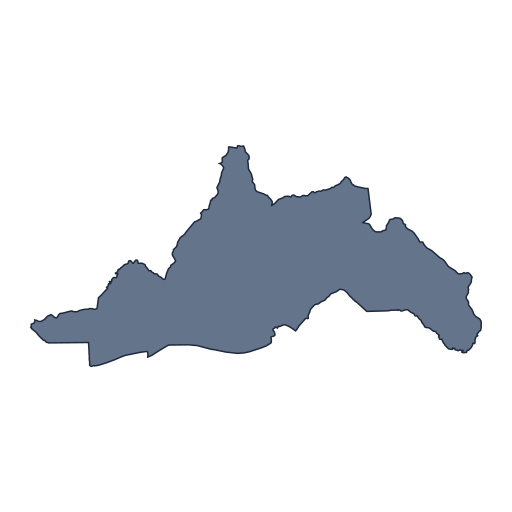 Caluma, Bolivar, Ecuador (Mercator projection)
{"feature_id": "8360857B21807845085638", "entity_name": "Caluma", "entity_type": "district", "adm_level": 2, "iso_a3": "ECU", "parent_name": "Ecuador", "parent_adm1": "Bolivar", "projection": "mercator", "projection_center": [-79.193, -1.597], "detail": "fine", "context": "isolated", "style": "filled", "palette": "slate", "viewbox_px": 512, "rotation_deg": 0, "n_neighbors": 0, "source": "geoboundaries", "source_scale": "gbopen_adm2", "svg_char_len": 6078}
<svg xmlns="http://www.w3.org/2000/svg" viewBox="0 0 512 512"><path d="M147.7,357.1L151.9,355.3L157.1,351.9L167.1,345.8L168.5,345.2L171.2,345.0L188.4,344.8L197.4,345.6L211.1,349.3L214.3,349.7L226.1,352.1L237.7,353.4L243.9,352.9L249.3,351.8L261.8,347.7L266.9,345.6L270.9,343.0L271.3,342.3L271.4,340.2L271.3,338.9L270.8,337.4L271.2,336.9L274.0,336.0L275.0,335.0L274.5,332.1L272.9,330.2L273.0,329.1L273.3,328.7L274.5,328.3L275.2,327.0L275.9,327.0L277.4,328.1L278.4,326.2L279.2,326.5L279.7,326.5L283.4,324.9L285.2,324.8L288.3,326.1L291.1,327.7L295.6,330.9L296.9,329.3L299.1,325.8L305.7,318.4L306.2,318.3L307.6,318.6L308.2,318.4L308.2,315.3L309.9,311.6L310.2,309.9L310.8,309.0L314.5,304.9L316.4,304.2L318.2,304.0L320.9,301.9L324.9,300.2L326.9,297.7L328.9,296.3L330.6,294.0L336.5,291.6L339.7,289.3L341.8,289.5L344.0,290.1L344.8,290.6L347.1,292.6L350.4,296.8L351.4,297.4L353.4,299.7L354.7,300.5L355.0,301.2L357.0,302.4L366.4,311.1L367.0,311.4L388.1,310.8L391.2,310.2L396.0,310.2L397.5,309.7L398.0,310.4L399.5,309.9L400.9,311.0L401.8,311.0L405.6,309.8L407.7,309.8L411.2,312.5L413.8,313.6L415.0,315.8L415.9,316.0L416.9,315.6L417.3,316.0L417.5,316.6L419.6,319.3L421.1,320.3L421.7,322.2L423.9,325.1L424.8,326.9L425.5,327.4L428.6,327.8L429.8,328.3L433.2,331.1L435.7,331.5L436.6,333.2L439.1,335.1L439.1,335.7L438.6,335.9L438.5,336.1L439.5,339.0L440.2,339.4L441.6,339.1L441.8,339.3L443.3,342.7L444.2,343.8L445.0,345.2L448.5,348.8L451.8,349.4L452.7,349.2L452.8,348.1L454.1,348.5L454.7,348.3L455.2,349.8L455.7,350.0L456.8,350.0L457.4,350.5L458.2,350.7L459.9,349.9L461.5,350.5L462.9,350.5L463.0,350.7L462.6,350.7L461.8,352.0L462.3,352.5L463.6,352.7L466.5,352.4L467.3,350.3L468.5,350.3L471.2,347.6L472.3,345.6L472.9,343.3L474.6,343.6L474.8,343.2L475.1,341.6L474.9,340.6L475.6,337.6L476.3,336.6L477.7,335.8L476.9,334.8L476.9,334.5L479.0,331.6L480.6,330.4L481.1,327.7L481.3,322.7L480.9,320.8L479.6,318.8L476.1,316.8L474.1,314.6L472.0,309.6L468.8,305.3L468.5,304.7L468.5,301.8L466.2,298.3L466.4,296.2L468.4,292.8L468.3,290.3L468.6,289.7L468.1,286.9L470.0,284.4L471.3,282.0L471.5,279.1L472.1,277.0L471.7,276.7L470.3,274.5L469.2,273.5L468.2,272.8L467.2,272.7L466.1,273.4L465.6,273.4L464.1,272.6L462.3,273.5L460.7,273.9L458.5,273.8L457.4,273.1L455.2,270.7L448.7,266.7L447.9,265.9L444.5,261.0L443.5,260.0L442.1,258.9L439.8,257.7L431.7,250.6L426.7,247.8L424.1,244.7L422.9,242.3L422.1,242.0L420.3,242.1L419.6,241.7L418.2,238.9L413.9,232.8L412.0,231.1L408.1,229.1L406.5,227.9L405.5,226.6L405.4,224.6L403.3,223.5L402.5,220.6L400.9,218.9L399.9,218.2L395.1,217.7L393.1,219.0L390.0,219.5L389.4,220.3L388.7,222.3L386.5,225.6L386.2,228.8L385.7,229.8L385.3,230.2L383.1,230.6L380.9,231.9L376.3,231.9L375.1,231.5L373.4,230.2L371.9,228.4L369.6,224.5L368.2,223.6L364.9,223.2L362.9,222.5L369.0,218.3L370.3,216.3L371.2,214.2L368.0,188.5L365.1,188.4L356.7,186.6L354.7,185.9L351.8,183.8L349.8,179.4L348.6,178.4L346.1,176.9L344.7,177.6L343.5,179.7L341.4,181.5L340.2,183.4L338.4,184.5L335.3,185.8L333.7,187.3L331.6,187.4L331.1,188.0L329.6,188.8L326.1,189.9L324.9,190.1L323.2,189.9L321.0,191.2L319.0,191.1L317.4,191.5L316.1,192.0L315.0,192.8L314.5,192.7L313.1,191.7L312.1,191.7L307.7,195.7L306.0,195.8L304.2,195.5L302.8,195.5L300.3,197.1L296.2,196.5L294.1,195.2L293.4,195.0L292.2,195.3L290.8,197.0L288.4,196.2L284.9,196.4L282.5,198.0L278.5,199.4L275.1,203.1L273.1,204.7L271.7,205.3L272.3,202.7L272.2,201.6L270.7,199.3L268.1,196.6L267.5,195.4L265.8,195.1L263.8,193.9L257.2,191.7L255.8,190.5L255.3,189.4L254.9,187.6L254.6,184.6L252.4,181.9L252.7,179.0L251.2,173.6L248.8,169.7L248.5,168.7L248.0,162.4L247.6,161.1L247.8,160.3L249.0,159.0L249.2,157.1L248.9,155.9L248.3,154.8L245.4,151.8L244.6,148.2L243.5,146.0L241.4,146.4L238.2,145.6L237.5,146.0L237.1,147.8L236.4,148.0L229.8,146.9L228.6,147.0L228.6,149.4L228.1,152.3L225.8,155.5L222.5,157.5L222.1,158.4L222.4,161.5L222.1,162.0L221.0,163.0L219.6,163.5L220.9,164.1L222.2,165.4L223.1,166.5L223.6,167.6L223.4,168.7L221.6,172.8L221.2,175.8L220.2,178.7L219.6,182.2L217.0,187.3L217.0,188.1L218.0,190.5L218.1,192.8L217.8,193.9L214.6,197.7L212.7,198.2L212.2,198.6L212.1,199.6L211.8,199.9L211.1,200.0L210.7,200.4L210.2,203.0L209.1,206.2L209.1,207.8L208.1,209.3L207.3,209.6L203.6,209.8L201.8,212.1L200.6,213.1L201.5,214.7L201.0,218.1L200.3,219.1L196.2,221.3L194.5,221.9L185.8,232.4L185.0,233.8L183.5,235.3L181.8,236.3L180.2,237.8L179.7,238.6L177.7,242.2L177.2,244.8L176.5,246.3L176.0,247.3L173.5,249.5L173.4,251.0L172.3,253.3L172.3,254.6L172.7,255.7L175.6,260.6L175.1,261.7L173.5,263.5L171.0,265.1L170.3,267.2L168.6,268.6L166.6,273.3L165.2,278.6L164.8,279.2L164.1,279.4L162.7,278.9L161.4,277.5L159.0,276.3L157.0,274.0L154.2,273.8L153.3,272.7L151.9,272.2L150.8,270.6L149.5,270.9L149.0,270.7L146.5,267.2L145.8,266.7L145.1,264.8L144.8,264.5L142.0,263.2L138.7,263.3L138.0,263.1L137.9,261.3L137.0,260.1L135.7,260.2L134.8,261.1L133.5,263.1L132.9,263.3L130.6,260.7L129.1,260.8L128.6,261.2L128.3,262.8L127.6,263.7L124.2,264.8L122.7,266.4L120.8,267.8L119.7,269.2L119.3,269.5L119.0,269.2L118.2,269.6L117.7,271.5L116.8,272.2L117.0,272.8L115.7,272.9L115.4,273.2L115.8,273.8L117.3,273.8L117.8,274.1L117.0,275.4L116.7,277.3L116.1,277.6L114.0,277.5L113.3,277.7L111.7,279.7L111.8,280.8L111.5,281.8L109.9,281.4L109.4,281.6L109.6,282.2L110.6,283.3L110.5,283.7L108.9,283.7L108.4,284.0L108.3,285.9L106.6,287.2L107.5,288.3L101.8,294.6L98.5,297.7L97.0,308.5L95.3,309.2L94.0,309.3L92.1,308.6L89.4,308.6L88.4,309.1L83.9,309.4L79.1,310.6L77.7,311.6L74.4,311.8L71.7,311.0L70.5,311.1L62.5,313.2L60.2,313.4L58.5,314.9L57.8,316.5L56.6,317.8L55.8,317.8L54.6,317.3L51.5,314.8L50.9,314.6L47.5,316.2L44.4,319.5L41.0,321.4L38.5,321.4L36.6,320.4L34.9,320.0L35.0,320.3L34.3,322.8L33.9,323.2L31.5,324.0L31.2,324.4L31.4,326.4L30.7,327.2L31.7,328.7L36.2,332.4L38.9,335.8L43.4,340.3L44.7,340.4L46.3,342.2L48.8,342.9L88.5,342.5L89.1,352.0L89.0,353.5L89.3,355.2L89.3,360.1L89.7,361.7L89.6,365.0L90.0,365.7L91.3,366.4L93.7,365.6L94.5,365.9L98.4,365.3L106.7,362.7L115.0,359.6L120.2,357.3L125.2,355.4L140.4,352.3L146.5,351.5L147.2,351.6L147.7,352.6L147.9,354.8L147.7,357.1Z" fill="#64748b" stroke="#1e293b" stroke-width="1.5"/></svg>